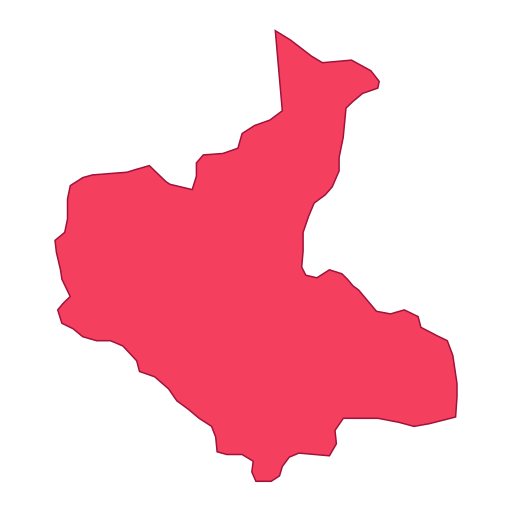 Eumseong-gun, North Chungcheong, South Korea
{"feature_id": "91817680B44245642839981", "entity_name": "Eumseong-gun", "entity_type": "district", "adm_level": 2, "iso_a3": "KOR", "parent_name": "South Korea", "parent_adm1": "North Chungcheong", "projection": "robinson", "projection_center": [127.624, 36.987], "detail": "fine", "context": "isolated", "style": "filled", "palette": "rose", "viewbox_px": 512, "rotation_deg": 0, "n_neighbors": 0, "source": "geoboundaries", "source_scale": "gbopen_adm2", "svg_char_len": 1376}
<svg xmlns="http://www.w3.org/2000/svg" viewBox="0 0 512 512"><path d="M275.3,30.7L280.9,94.8L282.3,110.8L269.8,120.1L254.6,125.5L242.1,133.5L237.9,148.2L222.7,153.5L203.3,154.9L196.4,162.9L196.4,176.2L192.2,189.6L170.0,184.3L165.9,181.6L149.3,165.6L135.4,169.6L127.1,172.2L92.5,174.9L82.8,177.6L70.3,185.6L67.5,199.0L67.5,219.0L64.7,232.4L55.0,240.4L56.4,252.4L60.5,269.8L61.9,279.2L70.2,296.5L63.3,303.2L57.7,309.9L61.9,323.3L73.0,328.7L82.7,336.7L96.5,340.7L110.4,340.7L122.9,346.0L136.7,360.8L139.5,371.5L154.7,376.8L168.6,388.9L176.9,400.9L188.0,409.0L199.1,418.3L211.6,426.4L215.7,437.1L217.1,451.8L226.8,454.5L242.1,454.5L253.2,461.2L251.8,471.9L255.9,481.3L271.2,481.3L279.5,475.9L282.3,466.5L289.2,457.2L298.9,453.1L329.4,455.8L336.4,443.8L335.0,430.4L343.3,418.3L358.6,418.3L378.0,418.3L398.8,422.3L414.0,426.4L429.3,423.7L455.6,417.0L457.0,396.9L457.0,383.5L452.8,355.4L447.9,342.3L447.3,340.7L436.2,335.3L420.9,327.3L418.1,316.6L404.3,309.9L390.4,313.9L376.5,311.3L358.5,289.9L353.0,285.9L347.4,279.2L341.9,273.8L329.4,269.8L316.9,277.8L305.8,275.2L301.7,267.1L303.1,251.1L303.1,232.4L308.6,216.3L314.2,203.0L325.2,194.9L332.2,186.9L339.1,170.9L339.1,157.5L343.2,137.5L344.6,122.8L346.0,108.1L352.9,101.5L362.6,93.4L377.8,88.1L379.2,81.4L370.9,70.8L351.5,60.1L322.4,62.7L311.4,56.1L290.6,40.1L275.3,30.7Z" fill="#f43f5e" stroke="#9f1239" stroke-width="1.5"/></svg>